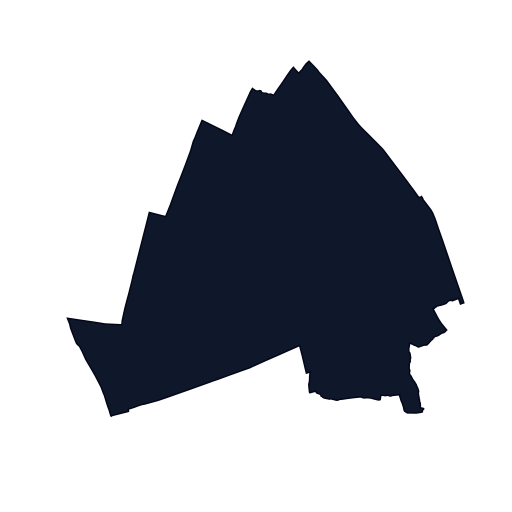 the district of Sapoca, Buzau, Romania, rotated 170°
{"feature_id": "2599482B44441354479305", "entity_name": "Sapoca", "entity_type": "district", "adm_level": 2, "iso_a3": "ROU", "parent_name": "Romania", "parent_adm1": "Buzau", "projection": "albers", "projection_center": [26.759, 45.229], "detail": "fine", "context": "isolated", "style": "filled", "palette": "ink", "viewbox_px": 512, "rotation_deg": 170, "n_neighbors": 0, "source": "geoboundaries", "source_scale": "gbopen_adm2", "svg_char_len": 5922}
<svg xmlns="http://www.w3.org/2000/svg" viewBox="0 0 512 512"><g transform="rotate(170 256 256)"><path d="M452.5,227.4L451.3,221.6L451.0,216.7L448.4,203.2L447.9,201.2L447.1,199.7L445.5,197.8L443.6,191.8L441.6,183.8L436.9,171.2L436.4,169.7L435.1,166.2L433.1,159.8L431.2,153.7L430.3,148.6L429.9,146.6L429.5,145.1L428.8,139.3L428.5,136.8L428.0,133.3L427.5,130.7L427.3,129.3L427.1,127.3L426.7,124.0L426.4,123.4L425.1,123.9L408.8,125.1L408.5,125.2L408.5,127.3L405.2,127.8L402.3,128.2L398.6,128.9L396.1,129.3L393.6,129.6L392.8,129.5L390.9,129.6L377.9,130.8L368.9,132.2L344.9,136.2L323.2,139.9L320.6,140.4L314.7,141.3L303.0,143.4L291.4,145.4L281.2,147.1L279.3,147.7L265.5,151.2L249.5,155.1L239.1,157.7L228.6,160.3L228.4,158.4L227.7,149.4L227.3,142.2L227.1,138.2L226.7,131.9L224.1,132.2L223.3,132.3L222.8,132.5L224.2,127.5L224.4,126.2L224.7,125.0L225.0,123.8L225.5,122.2L226.1,121.0L226.4,119.8L226.6,117.8L226.7,116.2L226.8,114.6L226.9,113.3L226.9,112.1L226.6,112.0L222.4,112.4L220.5,112.5L220.5,111.7L220.4,111.4L220.2,110.9L219.9,110.5L219.4,110.1L218.5,109.8L217.5,109.1L217.1,108.9L216.7,108.6L216.4,108.2L216.2,107.7L216.2,106.7L215.6,106.4L215.0,105.8L214.7,105.3L214.5,105.0L214.1,104.7L213.2,104.2L212.7,104.0L212.3,103.9L211.7,103.6L209.6,102.8L209.2,102.6L208.4,102.3L207.9,102.4L206.9,102.3L205.7,101.8L205.6,101.7L205.1,101.4L204.3,101.2L203.9,101.0L203.6,100.9L203.0,100.5L202.0,100.1L201.5,100.0L201.2,99.9L200.8,99.9L200.5,99.9L199.8,99.9L199.2,100.3L196.3,100.1L194.2,100.0L190.2,99.9L186.2,99.7L184.5,99.6L182.7,99.5L181.5,99.4L177.8,99.1L176.6,98.7L175.7,98.1L175.1,97.8L173.8,97.4L173.3,97.3L172.0,97.3L170.8,97.1L169.7,96.8L168.6,96.5L167.3,96.1L166.8,95.9L165.6,95.2L164.4,94.7L163.7,94.4L161.8,93.5L160.9,93.2L159.5,92.8L158.7,93.0L158.2,94.3L158.0,95.0L157.7,95.6L157.7,96.4L157.4,97.1L157.2,97.1L155.1,96.8L153.8,96.3L152.7,96.0L151.6,96.0L150.7,96.0L149.9,95.7L149.0,95.3L148.3,94.8L148.2,94.7L145.6,95.0L141.8,94.7L140.6,94.6L138.6,94.5L138.8,94.0L138.9,93.6L138.8,92.9L138.4,90.4L138.3,89.6L138.2,88.3L137.5,85.6L137.4,84.6L137.2,83.0L137.1,82.6L136.9,81.8L137.0,81.4L136.9,78.7L136.7,77.6L136.4,77.2L134.8,75.7L134.3,75.3L133.3,75.0L132.3,74.9L131.1,74.6L130.3,74.5L130.1,74.5L129.4,74.3L127.9,74.0L125.6,73.6L124.2,73.5L122.9,73.5L121.6,73.4L120.4,73.5L120.0,73.5L119.5,73.5L119.3,73.6L119.3,73.8L119.1,74.2L119.0,74.6L118.6,75.3L118.2,75.7L117.7,76.0L117.4,76.3L117.7,76.7L118.0,77.0L119.0,77.4L119.4,77.5L120.3,78.0L120.3,78.3L120.3,79.3L120.0,80.7L119.9,81.8L119.8,82.4L119.9,83.0L120.1,83.9L120.1,85.4L120.0,86.1L120.0,86.5L120.2,87.2L120.2,87.4L120.0,87.8L120.0,88.5L120.1,89.0L120.1,90.4L120.0,90.8L120.0,92.4L119.9,92.9L119.5,94.0L119.3,94.8L119.5,95.9L119.5,96.8L119.8,98.0L120.2,99.4L120.5,100.8L120.6,101.7L120.8,102.2L121.2,102.8L121.4,103.3L121.4,103.7L121.5,104.1L122.0,105.0L122.5,106.1L122.7,106.6L123.1,107.2L123.3,107.8L123.5,108.7L124.3,111.1L124.7,111.7L125.0,112.2L125.2,112.5L125.2,113.5L125.2,114.0L125.1,114.7L124.5,116.0L124.4,116.4L124.6,117.1L124.5,117.5L124.7,118.2L124.7,118.8L124.4,120.3L124.1,121.5L124.1,122.1L123.7,123.0L123.5,123.9L123.1,124.4L122.5,125.1L122.3,125.4L122.3,126.4L122.3,126.8L121.9,127.7L121.5,128.4L121.4,129.3L121.3,130.0L121.4,131.6L121.3,131.9L121.2,132.3L121.3,132.8L121.3,133.1L121.3,133.5L121.7,134.5L122.0,135.0L122.0,135.5L122.0,136.2L121.8,137.0L121.6,138.3L120.9,140.3L120.6,140.8L120.5,141.5L120.3,142.3L120.1,143.1L119.8,143.4L118.6,142.8L117.9,142.4L116.7,141.6L116.4,141.3L116.0,141.0L115.6,140.7L114.7,140.3L114.0,139.9L113.7,139.5L113.3,139.3L112.8,139.1L112.6,138.7L111.9,138.1L105.9,139.1L104.6,138.8L103.0,138.8L102.5,139.1L101.8,139.7L101.4,140.0L101.0,140.2L100.3,140.8L99.5,141.5L98.7,142.0L98.1,142.6L97.6,142.9L96.9,143.1L96.5,143.4L96.1,144.0L95.8,144.4L95.1,144.5L94.9,145.1L94.1,145.6L92.8,145.7L91.7,145.8L90.9,146.0L89.6,146.3L89.5,146.6L88.3,147.0L87.8,147.2L87.1,147.5L86.8,147.7L86.3,147.8L85.9,147.8L84.2,148.0L83.3,148.4L81.7,149.6L81.1,150.0L85.3,157.5L87.2,162.0L88.0,164.3L89.7,169.6L90.9,173.4L89.5,173.5L88.9,174.0L88.4,174.4L88.2,174.4L87.5,174.6L86.4,175.3L85.3,175.3L84.3,175.5L83.1,175.4L78.9,175.9L76.9,176.4L76.3,176.9L74.8,178.0L73.7,178.5L72.5,178.5L71.6,178.4L70.9,178.2L70.3,177.8L63.9,179.1L63.0,173.2L59.5,173.8L59.8,176.2L62.5,193.3L65.5,212.1L66.8,220.8L69.7,239.4L71.6,250.8L73.1,260.8L73.5,262.8L74.3,266.4L74.5,267.5L76.0,271.4L82.3,283.6L82.2,283.9L81.9,284.0L82.7,285.7L82.9,285.5L85.5,285.3L89.4,293.5L91.5,297.6L93.7,302.0L95.9,306.4L103.4,321.1L109.2,332.5L111.9,337.8L113.2,340.0L119.3,348.8L123.4,354.7L130.1,364.2L132.1,367.4L134.8,372.4L136.5,375.6L138.3,379.6L144.7,393.2L147.4,399.0L156.1,416.6L157.7,419.2L162.0,425.8L163.2,428.4L164.5,430.4L165.6,432.1L170.0,438.6L173.2,436.6L177.0,433.0L177.7,432.0L181.2,429.4L181.6,429.1L182.3,428.7L185.3,433.4L186.4,435.3L188.8,433.4L189.2,433.0L190.1,432.2L191.7,430.6L194.1,428.2L198.2,423.9L200.0,422.0L201.9,420.1L204.4,417.6L204.8,417.3L205.4,416.6L206.2,415.8L206.6,415.3L207.3,414.7L207.6,414.4L208.1,413.8L210.8,411.1L212.2,412.2L213.3,412.9L215.6,413.1L216.6,413.7L217.3,414.3L217.8,414.5L219.0,414.8L219.4,414.8L219.6,414.9L219.7,415.0L219.9,415.1L220.9,415.2L221.4,415.5L221.8,415.9L222.5,417.7L223.0,418.0L223.4,418.2L224.0,418.2L224.8,418.1L225.3,418.1L226.3,418.3L227.1,418.5L227.3,418.5L228.3,419.4L228.8,420.0L230.1,421.2L230.4,421.6L232.4,419.3L233.0,418.6L234.4,416.5L238.1,411.1L241.0,406.9L248.7,395.5L252.1,389.8L253.1,387.9L253.4,387.1L254.7,385.4L258.6,378.9L267.0,385.3L285.6,398.9L292.7,387.7L295.4,383.2L297.7,379.9L298.8,377.7L302.1,370.9L310.1,357.2L315.5,348.2L320.3,340.4L322.5,336.7L331.1,321.8L331.3,321.4L338.1,310.5L341.4,311.9L353.5,317.4L357.3,308.9L370.3,280.1L379.4,259.9L380.5,257.8L382.2,253.5L388.1,240.3L391.0,234.2L394.3,226.9L396.0,222.8L399.1,215.2L399.1,214.8L399.9,212.2L400.0,211.5L416.3,215.2L425.8,218.5L440.9,223.5L452.5,227.4Z" fill="#0f172a" stroke="#020617" stroke-width="1.5"/></g></svg>